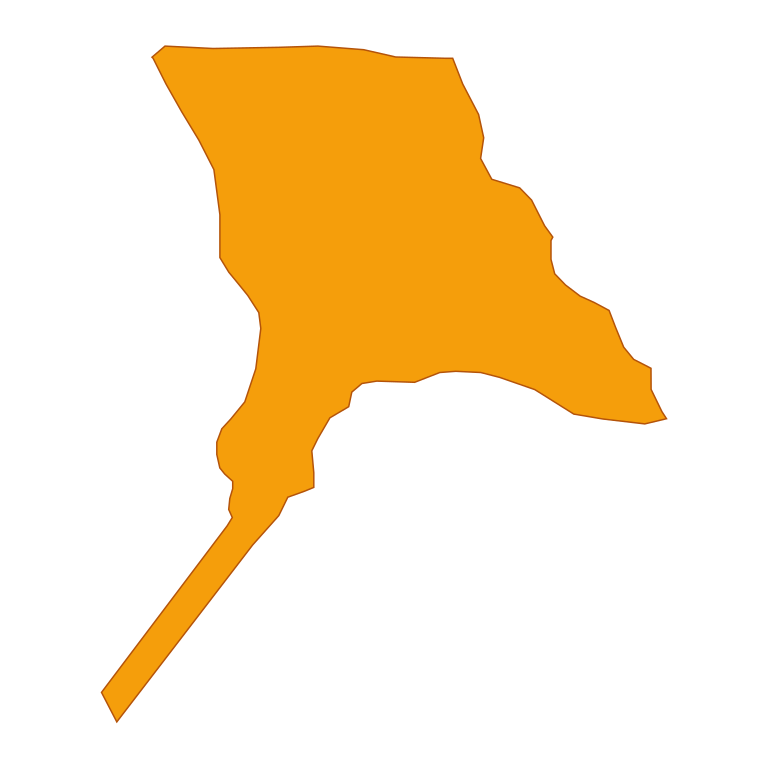 outline of Debarca
{"feature_id": "MKD-2899", "entity_name": "Debarca", "entity_type": "Statistical Region", "adm_level": 1, "iso_a3": "MKD", "parent_name": "North Macedonia", "parent_adm1": "", "projection": "robinson", "projection_center": [20.833, 41.244], "detail": "fine", "context": "isolated", "style": "filled", "palette": "amber", "viewbox_px": 768, "rotation_deg": 0, "n_neighbors": 0, "source": "natural_earth", "source_scale": "10m", "svg_char_len": 1128}
<svg xmlns="http://www.w3.org/2000/svg" viewBox="0 0 768 768"><path d="M116.8,721.9L101.5,692.4L227.2,525.8L232.3,517.5L228.7,509.5L229.8,498.5L232.7,488.7L232.7,481.3L224.7,474.0L219.8,467.9L216.8,454.5L216.8,442.2L221.8,428.8L230.8,419.0L244.8,401.9L255.8,368.8L260.8,328.5L258.8,312.6L247.8,295.5L238.9,284.5L228.8,272.2L219.9,257.6L219.9,239.3L219.9,214.8L213.9,169.6L198.9,140.2L181.9,112.1L166.0,84.0L153.1,58.3L152.0,57.2L165.0,46.1L213.0,48.5L279.9,47.3L317.9,46.1L363.7,49.7L395.7,57.0L445.7,58.3L452.7,58.3L462.7,84.0L478.6,114.5L483.7,137.8L480.6,158.5L491.8,179.3L519.7,187.9L531.6,200.1L544.6,225.8L552.8,237.1L551.0,240.5L551.0,259.4L554.7,273.8L565.5,285.0L580.1,296.1L594.6,302.7L609.1,310.5L615.5,327.2L623.7,347.2L633.7,359.4L651.0,368.3L651.1,389.4L661.9,411.6L666.5,418.7L644.8,423.9L602.9,419.0L573.8,414.1L534.8,389.6L499.7,377.4L480.7,372.5L455.8,371.3L439.8,372.5L414.7,382.3L376.8,381.1L361.9,383.5L351.8,392.1L348.7,406.7L329.9,417.8L317.8,438.6L311.8,450.8L313.8,472.8L313.8,487.4L304.8,491.1L287.8,497.2L278.8,515.6L252.7,544.9L116.8,721.9Z" fill="#f59e0b" stroke="#b45309" stroke-width="1.5"/></svg>